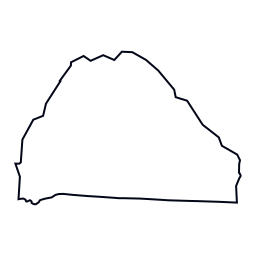 Polk, North Carolina, United States of America
{"feature_id": "52423323B70248035417131", "entity_name": "Polk", "entity_type": "district", "adm_level": 2, "iso_a3": "USA", "parent_name": "United States of America", "parent_adm1": "North Carolina", "projection": "robinson", "projection_center": [-82.192, 35.297], "detail": "fine", "context": "isolated", "style": "outline", "palette": "ink", "viewbox_px": 256, "rotation_deg": 0, "n_neighbors": 0, "source": "geoboundaries", "source_scale": "gbopen_adm2", "svg_char_len": 1029}
<svg xmlns="http://www.w3.org/2000/svg" viewBox="0 0 256 256"><path d="M96.8,196.6L108.4,197.4L114.1,197.8L119.0,198.2L124.2,198.2L140.5,198.6L159.2,199.7L168.6,200.3L192.0,201.0L197.0,201.1L218.7,201.8L236.9,202.6L236.1,186.0L239.3,178.2L240.0,177.2L240.6,176.0L240.6,175.6L240.5,175.0L240.0,174.4L239.8,173.5L239.0,172.8L239.2,163.6L239.3,163.4L240.0,160.2L237.2,154.6L221.9,145.8L218.8,137.4L202.7,124.8L187.1,100.7L175.7,97.2L174.2,89.7L158.3,70.6L146.0,59.9L132.4,52.2L121.9,51.7L114.3,60.0L103.2,55.2L90.6,60.8L83.6,56.0L71.0,62.3L70.9,65.6L59.8,80.8L60.4,81.2L46.0,103.6L43.1,115.8L33.3,119.7L22.4,139.6L20.8,162.4L19.2,163.7L18.1,163.7L15.4,163.6L19.9,176.7L19.8,178.1L18.5,199.2L20.5,198.8L23.6,198.6L25.5,199.7L26.1,201.3L26.5,201.5L27.4,201.4L29.7,200.3L30.2,200.3L31.5,201.4L31.6,202.9L33.7,204.1L35.7,204.3L38.8,202.2L39.9,200.3L40.5,200.0L44.9,198.7L51.6,197.4L55.5,194.9L58.9,194.0L59.8,194.0L63.2,193.9L73.1,194.9L88.2,196.1L88.5,196.1L96.6,196.6L96.8,196.6Z" fill="none" stroke="#020617" stroke-width="2"/></svg>